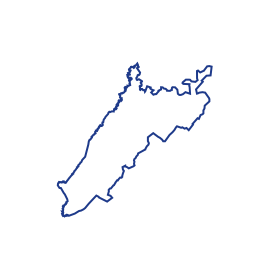 outline of Itas/Gadau, Bauchi, Nigeria, rotated 325°
{"feature_id": "59680162B90895100901083", "entity_name": "Itas/Gadau", "entity_type": "district", "adm_level": 2, "iso_a3": "NGA", "parent_name": "Nigeria", "parent_adm1": "Bauchi", "projection": "albers", "projection_center": [9.915, 11.886], "detail": "fine", "context": "isolated", "style": "outline", "palette": "blue", "viewbox_px": 256, "rotation_deg": 325, "n_neighbors": 0, "source": "geoboundaries", "source_scale": "gbopen_adm2", "svg_char_len": 5873}
<svg xmlns="http://www.w3.org/2000/svg" viewBox="0 0 256 256"><g transform="rotate(325 128 128)"><path d="M35.3,167.6L40.3,167.9L42.1,168.7L44.9,169.1L47.0,169.0L52.4,167.5L63.3,165.2L64.5,167.5L64.4,168.3L68.7,176.3L75.0,176.1L74.8,173.5L73.2,171.2L76.0,168.9L76.6,167.7L78.3,167.2L79.4,167.7L83.2,166.6L83.7,166.8L86.2,165.7L86.3,165.5L89.2,164.6L89.6,165.1L91.2,164.5L93.2,164.1L94.2,165.0L95.3,164.7L95.5,164.2L97.8,162.3L100.0,160.8L100.0,159.2L101.1,156.9L104.1,157.3L103.7,158.0L104.0,158.2L104.9,159.8L105.5,161.5L110.6,162.5L111.9,162.4L112.3,160.9L114.0,159.2L114.2,158.1L115.2,157.2L117.2,156.9L118.4,156.1L120.5,155.7L121.7,154.6L129.9,155.5L130.1,155.2L132.9,153.8L135.2,153.4L136.4,152.4L136.8,150.1L139.0,147.0L145.7,146.7L147.6,152.5L148.5,154.3L149.2,156.8L149.3,158.3L149.2,159.0L150.7,160.1L158.1,157.5L162.0,157.0L164.8,156.3L167.7,155.0L169.1,154.7L171.7,158.3L172.9,158.6L174.0,161.0L175.9,161.5L176.5,164.6L183.2,162.5L183.2,161.7L190.6,159.9L191.3,161.2L194.9,159.0L197.0,159.5L198.1,159.3L199.9,156.8L201.8,155.9L203.7,153.7L209.9,152.9L211.1,151.2L211.5,150.2L211.5,143.3L209.6,141.4L206.6,139.9L205.4,139.8L204.2,139.4L205.9,135.4L215.8,133.0L215.5,131.5L222.3,130.2L225.8,132.3L231.7,125.7L230.1,123.9L228.2,122.9L223.8,124.3L223.3,124.6L219.0,123.9L218.3,121.1L217.2,120.9L213.0,127.0L212.5,128.7L209.7,128.9L206.7,126.2L206.5,124.1L205.6,123.3L203.1,121.6L199.0,122.0L198.4,122.5L198.6,123.6L203.5,127.4L202.3,128.7L202.1,129.6L198.5,135.5L195.6,131.6L192.4,131.8L190.2,131.2L189.0,130.3L188.5,128.6L190.4,124.9L189.9,121.7L187.8,120.1L186.9,120.4L185.8,121.9L185.4,121.6L184.2,121.8L183.5,121.5L181.4,119.9L181.7,119.4L181.3,117.5L180.1,116.4L179.7,114.6L178.5,113.6L177.2,115.4L174.4,114.9L174.2,115.5L172.3,115.9L170.8,116.4L170.2,116.3L169.8,115.8L167.9,115.3L167.4,112.2L170.5,111.7L169.3,109.8L168.9,108.4L169.8,107.8L167.6,104.8L163.3,107.8L162.7,108.0L163.2,106.8L163.1,106.2L162.1,105.7L162.0,104.2L161.3,103.7L159.9,103.9L159.8,103.6L160.1,102.9L160.8,102.6L161.3,100.8L161.7,100.4L162.2,100.4L162.8,101.1L163.1,101.2L163.8,100.7L164.3,99.8L164.3,98.3L164.6,98.0L166.1,98.0L166.3,97.5L164.9,94.3L163.0,93.9L162.9,93.4L163.2,92.3L163.5,91.8L165.0,91.3L166.2,90.3L166.7,90.3L167.4,90.9L168.2,90.8L169.7,89.5L169.7,84.2L170.2,83.9L171.6,84.3L171.9,83.9L171.7,83.0L172.3,82.1L172.6,80.5L170.2,81.2L169.2,80.8L168.8,81.2L168.8,81.6L168.1,82.1L167.3,82.1L167.4,80.8L166.5,80.7L166.0,79.8L165.7,79.7L165.6,80.1L163.8,80.2L162.4,80.5L162.1,81.0L162.2,82.0L162.4,82.3L163.0,82.0L163.2,82.3L163.1,82.5L162.2,82.8L161.8,82.7L161.7,83.2L161.0,83.3L159.6,82.9L159.5,83.3L160.2,83.8L160.3,85.2L160.1,85.4L158.5,84.6L158.5,83.9L157.9,84.0L157.9,84.4L157.5,84.8L157.3,85.2L157.5,85.7L157.3,86.2L156.9,86.5L157.0,87.4L157.7,87.1L158.1,87.8L159.1,88.4L159.2,89.0L159.4,89.3L159.4,89.6L159.0,90.1L158.4,90.1L158.3,89.9L157.3,89.8L157.1,89.5L156.6,89.3L156.1,89.5L156.0,90.0L156.7,90.5L156.1,90.7L155.3,92.2L154.7,92.4L154.6,92.6L155.0,92.7L154.9,93.0L154.8,93.4L154.4,93.7L154.3,94.1L151.9,93.6L152.0,93.2L151.8,93.0L151.3,93.8L150.4,94.1L150.0,93.5L149.7,93.6L149.3,92.8L148.7,92.9L148.3,93.1L148.1,93.8L148.8,94.6L148.3,95.3L147.1,95.3L147.0,95.6L147.6,95.9L147.4,96.2L146.9,96.3L146.1,96.1L145.4,96.6L144.2,96.5L143.9,96.2L143.4,96.4L143.1,96.0L142.7,96.2L142.3,96.0L142.1,95.6L141.1,95.8L140.7,95.7L140.5,95.3L140.1,95.2L140.0,95.4L140.0,96.3L140.3,96.9L139.7,97.7L139.1,98.1L139.0,98.4L139.0,99.2L139.9,99.9L139.6,100.2L139.5,100.9L139.2,101.3L138.6,101.0L138.3,101.8L137.7,101.9L137.3,100.6L136.9,100.5L136.1,101.0L136.2,100.5L136.1,100.2L135.9,100.3L135.6,100.8L135.7,101.1L135.5,101.8L135.1,101.8L134.9,101.4L134.1,101.9L133.6,101.9L133.7,102.7L133.3,102.9L133.3,102.6L133.0,102.4L132.4,102.5L132.6,102.8L132.2,103.3L133.0,103.6L132.8,103.9L132.1,103.9L132.0,103.5L131.4,103.3L130.7,103.5L130.3,103.8L130.3,104.3L129.9,104.4L129.8,105.3L129.1,105.1L128.5,105.2L128.5,105.5L128.3,105.4L128.4,104.5L127.9,104.5L127.8,104.8L127.5,104.6L127.1,104.9L126.7,105.7L125.9,105.8L125.7,106.2L124.3,105.1L122.5,104.7L122.0,104.0L120.8,104.2L120.5,104.6L119.7,105.1L115.9,106.0L115.0,106.6L114.1,106.8L112.8,107.3L111.0,109.1L110.3,108.8L109.6,109.4L109.2,110.9L108.9,111.2L107.7,111.3L107.2,111.0L106.9,110.8L106.9,110.4L107.2,110.1L107.0,109.7L105.0,110.3L105.0,110.8L104.7,111.0L103.4,111.1L103.4,111.4L102.5,111.4L102.4,111.9L102.1,112.1L101.8,111.8L100.9,111.8L100.7,112.4L100.1,111.8L99.8,112.2L99.0,112.3L98.9,112.8L98.2,113.1L98.2,113.8L96.7,113.7L96.5,113.9L96.2,113.7L94.6,114.0L94.4,114.2L93.8,114.2L93.3,114.8L93.0,114.7L93.0,115.0L92.6,115.2L90.4,115.9L89.8,115.6L88.3,116.4L85.9,118.9L76.4,127.0L72.2,127.9L70.3,129.1L69.7,129.2L69.2,129.0L68.3,129.6L65.9,130.0L65.7,130.5L65.1,130.6L65.1,131.0L63.9,130.9L63.9,131.3L63.5,131.5L62.9,131.5L61.2,132.2L59.2,132.6L59.1,132.9L57.6,133.4L57.0,134.0L56.5,133.6L56.1,133.6L56.0,133.8L55.6,133.8L55.5,134.3L53.6,134.6L52.1,135.1L51.7,135.1L51.3,135.3L50.2,135.5L49.7,135.9L48.2,136.2L45.9,137.1L45.6,136.6L45.1,136.9L44.9,136.7L44.7,136.0L44.4,135.8L44.7,134.9L44.2,134.8L44.1,134.5L43.5,134.7L43.2,134.5L42.8,134.8L42.5,134.7L42.4,134.2L42.0,134.1L41.7,133.6L41.0,133.5L41.1,133.1L40.6,132.6L38.9,133.3L37.6,134.7L37.5,137.8L38.6,138.7L38.1,144.3L38.2,146.2L37.4,151.4L36.6,153.3L35.6,153.4L35.2,153.7L34.8,153.5L34.5,154.2L33.9,154.1L33.7,154.4L33.3,154.4L33.2,154.8L32.3,154.8L32.2,154.6L31.2,155.0L31.0,154.6L30.6,154.4L29.7,154.7L29.6,154.9L30.2,155.2L30.2,155.6L29.4,155.8L29.4,156.2L28.5,156.8L28.1,156.8L28.2,157.5L27.5,158.3L27.1,158.4L26.7,159.5L26.2,159.3L26.0,159.0L25.9,159.5L26.2,159.7L26.5,159.7L26.3,160.2L26.1,160.4L26.0,160.0L25.8,160.1L25.3,161.1L24.7,160.7L24.3,162.0L24.3,162.9L25.4,163.3L25.4,164.0L26.2,164.0L26.8,164.5L27.1,164.4L27.3,164.1L27.0,163.8L27.9,163.8L28.1,164.0L27.5,164.1L27.5,164.6L29.3,166.0L35.3,167.6Z" fill="none" stroke="#1e3a8a" stroke-width="2"/></g></svg>